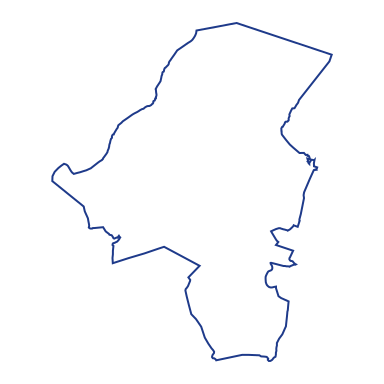 outline of Lagunillas, Michoacán, Mexico
{"feature_id": "50627088B97893950433241", "entity_name": "Lagunillas", "entity_type": "district", "adm_level": 2, "iso_a3": "MEX", "parent_name": "Mexico", "parent_adm1": "Michoacán", "projection": "orthographic", "projection_center": [-101.412, 19.573], "detail": "fine", "context": "isolated", "style": "outline", "palette": "blue", "viewbox_px": 384, "rotation_deg": 0, "n_neighbors": 0, "source": "geoboundaries", "source_scale": "gbopen_adm2", "svg_char_len": 5894}
<svg xmlns="http://www.w3.org/2000/svg" viewBox="0 0 384 384"><path d="M216.2,360.3L242.0,354.9L249.5,354.9L259.4,355.3L261.1,356.4L264.5,356.6L266.7,356.9L268.2,358.6L267.8,359.8L268.9,361.0L270.5,360.9L272.2,359.8L273.8,357.7L275.5,356.7L275.9,354.4L275.9,352.7L276.4,350.8L276.3,348.9L276.5,347.1L276.9,345.6L276.9,343.0L279.1,338.7L281.4,335.6L282.3,334.4L283.6,331.5L285.0,328.3L285.9,326.4L287.0,316.1L287.4,311.6L287.8,310.2L288.2,305.5L288.6,301.4L281.2,298.1L278.5,296.2L276.0,288.2L276.0,286.6L274.3,286.9L272.3,287.4L271.0,287.5L269.2,287.1L267.9,286.1L266.9,285.0L266.4,284.0L265.8,282.2L265.7,280.6L265.6,279.1L265.6,277.5L265.7,276.6L266.2,275.3L266.8,274.0L267.7,272.3L268.3,271.5L269.0,271.1L269.8,270.8L270.9,270.4L271.6,269.9L272.1,269.2L272.3,268.3L272.3,267.2L272.0,266.0L271.1,264.4L270.7,263.8L270.6,263.4L270.6,262.9L271.0,262.8L273.9,263.5L283.5,266.0L285.0,266.0L286.4,266.3L288.9,266.4L289.6,266.7L290.2,266.2L293.8,264.7L295.4,264.7L295.9,264.4L295.3,264.1L294.8,263.7L294.3,263.3L293.5,262.4L292.6,261.3L291.7,261.0L290.7,260.9L290.0,260.4L289.8,260.0L289.4,259.4L289.4,259.0L289.4,258.6L289.5,258.2L289.6,257.8L290.0,257.3L293.1,250.7L276.0,245.0L278.3,242.0L277.1,241.0L276.1,239.7L271.7,232.4L271.1,231.3L272.8,230.5L275.9,229.1L277.8,228.5L278.8,228.2L279.5,228.2L280.1,228.2L280.7,228.4L281.3,228.7L282.6,229.0L282.9,229.2L284.8,229.6L285.4,229.8L287.6,230.4L287.8,230.6L288.2,230.2L288.7,230.1L290.2,229.2L291.3,228.1L292.2,227.3L293.2,226.2L293.5,225.8L293.7,225.3L294.1,225.5L297.7,226.8L299.5,221.3L299.3,221.3L299.5,220.2L299.4,219.4L300.8,214.1L304.0,198.1L303.6,195.2L303.8,194.0L304.1,192.3L309.9,178.7L313.8,170.1L316.3,169.8L316.0,169.3L316.6,169.2L317.2,167.4L314.0,166.3L313.9,163.2L314.5,159.9L314.2,160.2L310.1,159.4L309.1,156.4L308.8,156.0L307.6,155.9L307.5,154.8L307.4,154.8L305.7,154.9L303.9,152.9L299.5,153.0L293.2,147.6L289.8,144.5L286.0,139.9L282.3,135.1L281.9,134.5L281.7,133.8L281.6,132.5L281.6,131.7L281.6,131.3L281.5,130.6L281.4,130.6L281.4,130.4L281.4,129.9L281.4,129.5L281.3,128.7L281.4,128.3L282.0,127.1L282.2,126.9L282.3,126.9L282.5,126.9L282.9,126.7L283.0,126.4L283.2,126.1L283.3,125.8L284.1,124.6L284.5,123.9L284.8,123.4L284.8,123.0L284.9,122.7L285.0,122.4L285.2,122.2L285.5,122.0L285.6,121.8L285.8,121.7L286.1,121.7L286.9,121.7L287.3,121.7L287.8,121.3L287.9,121.1L288.0,120.9L288.3,120.7L288.5,120.5L288.7,120.1L288.7,119.6L288.7,119.4L288.6,119.1L288.6,118.9L288.7,118.2L288.9,117.6L289.1,117.0L289.5,116.5L289.6,116.1L289.6,115.9L289.5,115.4L289.4,115.0L289.4,114.4L289.6,113.9L291.0,110.8L292.1,108.7L292.3,108.4L292.7,108.4L293.2,108.3L293.6,108.4L294.0,108.3L294.5,108.2L295.1,107.2L295.9,105.9L296.3,105.1L297.4,103.7L298.1,102.7L299.0,100.0L329.4,61.4L331.7,54.7L236.5,23.0L216.0,26.9L196.5,30.5L196.3,32.0L196.1,33.3L195.7,34.3L195.1,35.7L194.4,36.9L193.7,38.0L193.2,38.7L192.3,39.9L191.4,40.7L190.5,41.4L187.9,43.0L177.2,50.4L174.2,54.8L171.4,58.7L170.5,60.1L169.7,61.1L169.2,61.9L168.9,62.6L168.8,63.6L168.5,64.5L167.7,65.5L167.2,65.9L166.7,66.4L166.5,66.7L166.1,67.0L165.9,67.2L165.5,67.7L165.1,67.8L164.7,68.2L164.2,69.4L163.9,71.1L163.6,71.7L163.0,71.9L162.6,72.2L162.4,72.7L162.2,74.5L161.6,75.9L161.2,78.1L160.8,79.8L160.6,80.9L160.5,81.2L159.5,82.8L158.5,84.3L157.1,86.4L156.2,88.1L155.8,88.7L155.7,88.9L155.7,89.1L155.7,89.4L155.9,89.6L155.9,89.8L155.9,90.0L156.2,93.0L156.4,93.9L156.5,95.0L156.4,95.6L156.2,96.4L156.0,96.7L155.9,97.1L155.9,97.4L156.0,97.7L156.0,97.9L156.0,98.1L155.9,98.4L155.6,98.4L155.2,98.5L155.1,99.0L154.9,100.0L154.8,100.3L154.7,100.3L154.0,100.9L153.6,101.0L153.4,101.2L153.3,101.5L153.3,102.3L153.2,102.9L152.8,103.6L152.4,103.7L152.1,104.1L151.7,104.5L151.1,105.1L150.4,105.5L149.8,105.8L149.3,106.0L148.7,106.0L147.6,106.1L147.2,106.2L146.3,106.6L145.0,107.4L144.3,108.0L143.6,108.7L143.0,108.9L142.3,109.0L141.9,109.2L140.3,110.0L139.0,110.9L137.4,111.9L136.2,112.5L134.4,113.4L132.5,114.5L130.8,115.7L127.6,118.0L122.8,121.3L121.4,122.8L118.4,125.2L118.1,125.9L117.9,126.6L117.7,127.7L116.7,129.0L114.9,132.0L114.0,133.6L113.8,134.4L113.0,134.5L112.7,134.7L112.5,135.0L112.3,135.5L112.0,136.0L111.9,136.4L111.9,136.9L112.0,137.7L111.8,138.0L111.2,138.7L111.0,138.9L110.5,140.5L110.2,141.8L110.0,143.0L109.6,143.9L109.3,145.1L109.1,147.0L108.9,147.4L108.7,148.5L107.9,150.3L107.6,151.2L107.5,151.9L107.3,152.4L106.2,154.1L105.6,154.9L104.0,157.1L103.7,157.5L103.3,158.0L103.0,158.5L102.8,159.2L102.0,159.8L101.9,160.1L100.1,161.1L98.4,162.3L91.4,167.8L90.8,168.3L89.4,168.9L86.3,170.3L83.3,171.2L80.2,172.2L77.0,173.0L73.8,173.9L73.2,173.4L72.2,172.6L71.6,171.9L70.7,170.6L68.7,167.2L68.1,166.2L67.8,165.8L67.3,165.3L66.6,164.8L66.1,164.5L65.5,164.3L64.5,164.0L64.0,163.8L61.4,165.6L58.4,168.0L54.7,171.8L52.5,176.2L52.3,181.1L83.7,206.5L84.8,211.4L87.9,218.3L88.4,221.2L88.9,223.7L89.2,225.7L89.0,226.6L88.8,227.5L89.4,228.1L90.2,228.5L90.7,228.5L91.3,228.5L92.0,228.6L93.0,228.0L93.7,228.1L103.1,227.2L105.7,231.4L107.9,233.1L108.9,233.8L109.4,234.7L110.5,235.0L111.6,235.2L112.1,235.8L112.7,236.8L113.1,237.3L113.2,237.8L113.6,238.3L114.2,238.6L115.2,238.2L116.8,237.5L117.6,237.7L118.1,236.8L118.9,235.8L119.5,236.8L120.2,237.4L119.7,238.2L119.2,239.2L118.5,240.1L117.9,240.8L117.0,241.7L115.2,242.5L114.8,242.8L113.2,243.2L112.7,243.9L112.5,245.0L112.9,245.5L113.4,245.8L113.4,246.4L112.9,250.8L112.9,254.3L112.8,255.2L112.5,258.0L112.8,263.2L128.3,258.2L144.5,253.4L158.6,248.6L164.1,246.8L199.6,265.8L188.4,277.4L189.4,278.8L190.2,279.8L190.1,280.9L188.0,286.1L186.9,287.7L185.7,289.1L185.4,290.5L186.7,296.4L188.8,304.8L191.3,314.2L196.0,319.1L201.2,326.7L204.8,337.6L208.3,343.6L211.5,348.3L213.0,350.0L214.1,351.7L214.0,353.0L212.5,355.1L212.0,357.0L212.8,358.2L214.4,358.4L215.8,359.5L216.2,360.3ZM310.1,159.4L311.0,160.4L309.3,163.0L309.3,163.9L308.7,163.3L308.9,162.9L307.6,161.5L308.1,161.0L307.4,158.6L310.1,159.4Z" fill="none" stroke="#1e3a8a" stroke-width="2"/></svg>